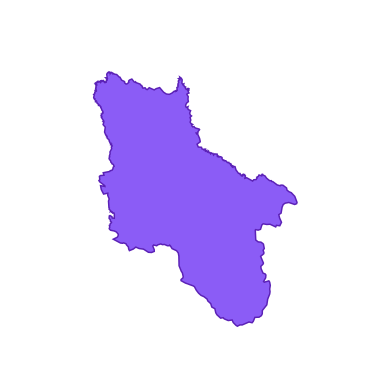 outline of Nam Yuen, Ubon Ratchathani, Thailand, rotated 335°
{"feature_id": "78962969B1624057872614", "entity_name": "Nam Yuen", "entity_type": "district", "adm_level": 2, "iso_a3": "THA", "parent_name": "Thailand", "parent_adm1": "Ubon Ratchathani", "projection": "equal_earth", "projection_center": [105.061, 14.443], "detail": "fine", "context": "isolated", "style": "filled", "palette": "violet", "viewbox_px": 384, "rotation_deg": 335, "n_neighbors": 0, "source": "geoboundaries", "source_scale": "gbopen_adm2", "svg_char_len": 6007}
<svg xmlns="http://www.w3.org/2000/svg" viewBox="0 0 384 384"><g transform="rotate(335 192 192)"><path d="M153.4,51.9L150.3,52.5L150.9,53.1L150.6,53.2L150.9,54.4L150.0,54.0L150.1,55.4L149.1,56.3L149.2,57.1L148.4,57.5L148.3,59.1L147.7,58.9L147.7,59.9L147.2,59.6L147.3,60.2L146.1,60.4L145.4,61.8L144.1,62.0L144.3,62.9L142.8,64.8L142.7,65.5L143.3,66.3L142.8,66.6L143.3,68.4L142.9,69.0L143.4,69.1L142.9,69.6L143.8,70.3L143.5,71.4L144.2,72.7L143.9,73.8L144.5,73.8L144.4,74.4L145.0,74.7L145.0,75.5L145.4,76.0L144.9,77.0L145.2,77.5L144.9,79.8L145.3,81.1L144.8,82.6L144.4,82.3L143.6,83.2L142.8,83.0L142.4,84.3L141.7,84.5L142.1,85.8L141.4,86.1L142.0,90.2L141.4,90.3L141.8,90.7L141.3,91.0L141.4,91.7L139.9,93.3L140.8,96.6L138.1,100.7L137.9,104.0L138.4,104.5L138.4,105.6L138.0,105.8L138.4,106.2L137.9,107.2L138.9,110.1L138.5,110.7L138.5,113.7L139.0,113.8L138.3,114.7L138.9,114.9L138.6,115.1L139.1,116.5L137.9,117.1L137.5,118.8L134.6,121.0L133.9,122.8L132.2,124.6L132.3,125.3L131.1,126.3L130.9,127.8L131.4,129.0L131.1,131.0L131.5,131.6L131.4,132.7L132.3,133.7L132.3,135.8L131.1,136.2L130.0,137.7L128.6,138.5L126.9,138.1L126.0,138.6L119.7,137.0L119.3,139.6L115.9,138.4L114.7,138.7L113.6,141.9L112.5,142.2L112.6,143.7L115.6,149.4L115.4,150.2L111.8,147.6L110.8,151.4L111.0,156.5L115.2,157.5L114.2,159.5L114.0,163.3L112.5,164.9L110.1,171.1L110.3,171.6L109.6,172.5L110.4,174.8L109.8,175.3L110.5,175.4L110.7,176.5L111.3,176.5L111.3,177.7L112.3,177.9L112.2,179.3L110.5,183.0L108.7,181.9L109.0,180.5L107.7,178.7L107.0,178.7L106.2,180.0L105.7,181.1L106.3,182.6L105.7,184.1L106.3,185.1L106.1,185.7L104.5,186.2L103.5,187.5L103.0,187.4L102.6,189.1L101.6,190.0L101.5,190.8L102.1,192.3L105.0,194.4L106.6,196.3L107.3,199.1L106.6,200.4L105.2,201.4L100.7,201.5L105.6,208.0L107.6,209.2L108.4,209.1L110.3,211.0L110.3,212.2L111.1,214.8L110.5,217.0L110.5,218.7L114.7,218.9L117.8,218.2L120.2,220.9L123.9,223.3L127.0,228.2L129.7,229.7L132.7,229.9L133.4,228.3L133.6,224.4L134.8,223.8L137.3,225.8L138.6,225.4L141.8,225.9L142.9,227.2L144.9,227.9L147.0,230.3L148.7,231.1L149.2,230.7L149.6,231.3L150.0,234.9L153.2,238.7L153.8,241.4L153.0,244.6L149.1,253.4L148.8,259.4L149.1,261.1L148.3,264.9L147.5,266.0L145.1,266.7L144.6,267.7L147.5,271.7L153.5,277.7L154.2,278.9L154.4,282.9L155.2,286.5L156.5,289.5L158.6,291.9L160.4,295.4L160.3,297.5L161.8,301.1L161.3,304.6L163.4,307.4L162.5,311.5L162.7,313.8L164.6,318.4L167.1,319.1L167.6,320.6L170.5,323.8L174.3,325.0L174.2,327.7L175.5,331.4L176.4,332.8L179.3,332.7L181.4,333.7L188.7,333.9L191.2,335.9L192.9,335.1L196.0,332.2L199.9,333.8L202.6,333.4L204.2,332.1L205.7,329.1L212.1,325.9L215.3,321.1L219.3,317.3L220.6,315.3L221.4,312.8L223.5,309.7L224.3,306.5L224.1,305.0L219.4,304.3L219.0,303.4L222.5,300.9L223.9,298.5L223.7,297.2L222.1,295.5L222.2,290.8L222.9,288.5L225.9,287.4L226.7,286.6L227.0,279.3L230.9,278.3L231.5,277.5L231.9,274.8L233.6,273.8L233.9,272.6L234.7,269.5L234.4,268.5L233.3,266.6L230.9,265.2L229.5,262.4L233.3,253.2L233.8,253.0L235.8,254.5L238.3,254.8L241.4,251.4L243.1,250.9L246.0,253.0L249.1,254.2L253.1,259.0L254.4,257.9L257.3,259.7L260.3,257.3L260.4,252.6L261.1,249.2L263.8,248.8L267.2,243.9L269.4,241.9L271.7,241.5L275.3,242.4L279.8,246.7L281.9,246.8L282.8,245.8L283.3,239.4L281.7,234.6L280.0,232.7L278.9,230.4L279.4,228.3L277.3,224.3L275.5,223.3L274.6,223.6L272.2,221.6L269.6,216.7L268.7,216.2L268.6,215.2L267.5,214.8L266.7,213.7L265.4,210.9L265.0,208.4L263.5,206.6L263.5,205.8L262.8,205.6L262.0,206.8L259.9,204.9L258.6,205.9L256.9,206.0L256.9,206.8L255.4,207.8L253.1,207.0L251.6,207.7L247.6,202.2L245.8,201.9L247.2,200.1L247.1,199.2L246.5,199.1L246.8,198.4L246.0,198.3L245.9,197.5L244.9,197.7L244.3,198.7L243.6,198.2L243.6,197.2L243.0,196.5L243.4,195.6L242.0,194.7L241.2,190.5L241.7,187.2L240.5,186.4L239.5,187.0L239.1,186.5L238.9,185.5L239.8,185.3L239.1,184.5L239.1,183.3L238.7,183.5L238.8,184.3L238.5,184.2L238.8,182.5L237.9,182.0L237.9,180.7L236.6,180.3L235.8,177.9L234.7,177.5L234.4,176.5L233.7,176.6L233.3,174.5L233.8,173.4L232.9,172.1L231.6,171.8L231.4,170.9L230.9,171.4L230.0,170.6L230.8,168.3L228.5,167.0L227.2,167.6L227.3,165.9L226.5,165.6L226.1,164.8L225.0,165.2L225.1,164.0L224.1,163.6L224.3,161.9L223.0,162.4L222.6,161.5L223.0,160.7L221.4,160.7L221.4,159.8L222.4,158.9L221.9,158.5L220.4,158.6L220.4,158.1L219.3,157.3L219.5,155.5L216.7,153.9L216.8,150.8L220.6,150.0L220.9,149.4L221.5,146.6L221.6,142.1L220.8,141.5L220.7,140.3L222.4,140.9L222.9,139.8L225.2,138.7L225.1,138.0L222.3,135.6L221.6,134.5L221.5,133.5L220.2,133.3L219.9,132.5L220.0,131.1L221.1,131.0L220.0,129.4L219.8,127.9L221.3,126.3L221.8,123.5L223.7,122.9L223.0,121.6L223.2,119.5L225.1,117.7L223.4,115.6L223.7,113.7L224.4,113.0L222.6,113.0L222.5,111.5L223.3,110.2L225.0,109.0L226.9,108.6L227.6,106.1L228.9,103.9L228.6,101.4L229.2,100.9L231.1,101.0L231.1,97.6L231.8,97.4L232.2,99.0L232.3,97.8L232.9,97.2L232.2,96.4L230.2,96.6L229.9,95.2L230.6,94.1L229.7,93.5L229.8,92.6L229.2,91.8L230.3,90.5L229.1,90.4L228.9,89.0L230.5,86.2L230.4,84.4L229.5,82.7L229.3,83.7L228.0,83.6L228.8,84.5L228.5,85.2L227.7,84.8L226.4,85.7L226.4,86.8L224.8,88.3L224.8,89.2L224.3,89.3L223.8,90.8L222.5,90.9L221.6,93.5L221.0,93.8L221.0,93.3L220.2,93.3L220.2,93.9L219.3,93.9L218.6,93.1L215.5,93.9L212.7,93.9L210.2,92.4L208.4,89.5L206.8,83.7L203.2,83.2L200.9,83.5L197.3,79.4L194.8,80.3L194.0,79.7L193.5,77.7L191.5,77.2L191.2,76.3L191.5,76.0L191.4,74.2L190.9,73.9L190.6,72.3L187.7,69.4L187.4,68.4L187.0,68.7L186.1,67.8L185.2,64.2L182.6,64.1L181.4,64.7L181.2,65.8L179.3,66.5L177.9,66.4L177.0,64.5L177.5,63.8L177.3,63.1L175.5,60.9L175.2,57.5L174.6,57.1L173.4,53.7L171.6,52.5L171.0,51.5L170.3,51.6L170.3,50.5L169.5,50.1L169.6,49.6L169.1,49.3L168.2,49.9L168.4,49.5L167.8,48.9L168.2,48.9L167.7,48.2L167.1,48.8L166.7,48.1L165.7,48.4L164.5,49.2L163.4,52.7L162.4,52.2L163.2,53.7L162.7,54.2L162.2,53.8L162.2,54.8L161.1,55.3L160.5,56.3L159.2,56.0L159.0,55.4L159.5,54.8L158.6,54.4L158.7,53.6L157.6,53.7L157.6,53.0L156.9,52.7L156.3,52.6L156.4,53.5L155.4,54.2L154.8,52.8L153.1,52.8L153.4,51.9Z" fill="#8b5cf6" stroke="#5b21b6" stroke-width="1.5"/></g></svg>